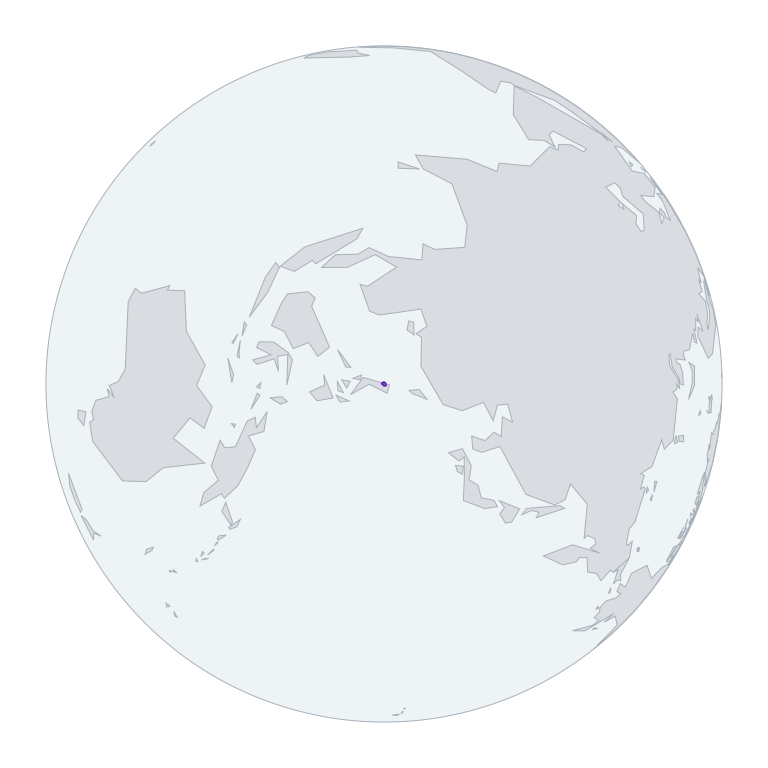 Abra highlighted on a globe, orthographic projection, rotated 105°
{"feature_id": "PHL-2542", "entity_name": "Abra", "entity_type": "Province", "adm_level": 1, "iso_a3": "PHL", "parent_name": "Philippines", "parent_adm1": "", "projection": "orthographic", "projection_center": [120.806, 17.561], "detail": "fine", "context": "on_globe", "style": "filled", "palette": "violet", "viewbox_px": 768, "rotation_deg": 105, "n_neighbors": 0, "source": "natural_earth", "source_scale": "10m", "svg_char_len": 10869}
<svg xmlns="http://www.w3.org/2000/svg" viewBox="0 0 768 768"><g transform="rotate(105 384 384)"><circle cx="384" cy="384" r="338" fill="#eef3f6" stroke="#a8b0b8"/><path d="M662.9,523.3L662.5,525.5L662.2,525.9L662.9,523.3ZM581.8,110.0L582.2,110.4L556.3,96.4L548.3,100.7L557.1,109.7L546.3,102.7L570.5,126.1L573.5,138.0L563.2,120.2L556.8,115.3L555.3,120.5L548.5,116.8L543.8,117.5L535.7,112.9L530.3,104.1L525.0,101.2L524.3,105.3L515.7,104.1L517.6,98.3L502.8,95.9L491.1,82.9L502.7,75.4L489.4,68.1L483.1,61.2L476.8,59.6L470.4,57.3L460.8,54.9L461.3,55.0L487.0,62.2L512.1,71.3L536.3,82.3L559.6,95.3L581.8,110.0ZM454.7,53.6L453.3,53.3L453.7,53.5L449.9,52.8L444.2,51.8L445.2,51.7L448.2,52.2L446.3,51.9L454.7,53.6ZM701.6,290.5L698.9,283.5L701.0,285.8L701.6,290.5ZM696.8,280.8L697.9,282.8L696.9,281.4L696.8,280.8ZM695.9,280.7L696.6,280.8L696.1,281.5L695.9,280.7ZM695.0,281.7L695.4,280.8L695.4,281.2L695.0,281.7ZM692.5,280.8L691.8,280.4L691.9,278.9L692.5,280.8ZM585.7,112.9L583.7,111.5L582.7,110.6L585.7,112.9ZM575.7,107.3L572.9,105.0L581.0,110.2L580.1,109.8L575.7,107.3ZM564.9,117.6L564.9,114.8L567.3,119.0L564.9,117.6ZM544.6,118.5L546.8,120.7L543.4,120.3L544.6,118.5ZM528.0,113.1L521.9,112.2L527.1,111.5L528.0,113.1ZM517.7,110.7L503.1,109.8L506.8,114.1L488.2,102.0L506.8,106.3L512.7,104.4L513.0,107.8L517.7,110.7ZM456.3,54.1L455.6,53.8L461.4,55.2L456.3,54.1ZM460.9,55.2L484.2,62.3L482.4,62.9L474.9,60.0L476.8,62.3L464.4,59.0L460.7,57.1L464.3,57.1L456.8,56.0L460.9,55.2ZM480.3,96.0L475.9,94.8L479.5,94.5L480.3,96.0ZM448.8,52.7L453.6,53.8L452.4,54.3L442.4,52.3L446.0,52.7L448.8,52.7ZM483.3,64.9L480.6,65.3L469.9,62.6L467.4,62.5L464.0,59.1L483.3,64.9ZM443.4,52.1L437.4,51.4L432.8,50.3L443.9,51.8L443.4,52.1ZM456.3,55.4L455.2,55.6L452.5,54.8L456.3,55.4ZM413.3,47.4L419.1,48.0L413.3,47.4ZM435.4,51.2L437.0,51.6L437.6,51.9L432.8,51.3L435.4,51.2ZM456.7,57.7L452.7,56.7L457.5,58.9L449.7,57.5L448.8,55.6L445.9,55.9L443.5,55.5L445.5,54.5L456.7,57.7ZM429.8,51.9L426.0,50.0L415.1,48.5L415.0,48.1L432.4,50.7L429.8,51.9ZM438.8,53.4L433.2,52.3L435.8,52.1L441.3,52.8L438.8,53.4ZM444.6,57.4L456.9,60.0L456.7,60.4L444.6,57.4ZM426.1,51.4L427.1,52.0L425.0,51.3L426.1,51.4ZM438.4,55.4L442.7,56.2L442.3,56.6L438.4,55.4ZM425.4,52.7L424.2,51.9L427.9,52.2L425.4,52.7ZM430.9,53.9L429.4,54.4L430.0,52.7L432.9,54.2L430.9,53.9ZM437.3,55.7L438.5,56.2L435.5,55.4L437.3,55.7ZM412.1,52.6L412.0,50.5L420.2,50.9L419.2,52.7L412.1,52.6ZM99.8,201.2L103.8,195.5L94.1,215.8L94.6,222.8L114.1,199.3L113.3,187.1L124.0,172.9L133.2,171.9L135.5,184.6L139.7,179.6L147.3,162.6L157.1,157.4L151.0,156.3L146.6,162.7L142.8,162.7L146.5,157.0L149.8,155.0L151.7,149.9L135.5,161.9L129.3,169.7L128.7,164.7L118.3,177.7L114.9,180.9L131.2,160.5L136.6,154.7L159.3,131.7L154.8,135.7L177.0,116.9L200.8,100.1L198.7,101.6L214.2,92.5L214.7,92.8L205.4,97.7L197.2,103.0L191.1,110.5L193.8,109.8L204.4,103.7L201.3,107.3L212.4,100.5L215.3,103.4L221.0,94.8L233.6,89.1L242.4,87.7L247.6,84.7L233.2,87.1L226.5,89.7L219.2,94.2L201.9,101.9L201.2,101.2L223.2,88.4L224.6,86.5L241.1,78.8L269.8,74.5L275.1,77.5L256.5,93.4L247.8,95.2L250.1,89.9L235.9,99.7L242.8,96.4L240.3,99.9L251.7,96.6L250.5,98.9L263.5,92.3L263.3,94.8L255.1,99.0L271.7,97.8L274.8,103.1L279.1,101.8L282.9,99.0L284.2,108.4L287.4,107.1L288.2,103.4L295.0,98.8L307.5,94.6L307.3,98.0L302.7,100.0L292.8,110.0L280.8,115.5L281.9,116.6L292.4,112.7L304.5,100.4L312.1,97.0L307.6,102.6L309.8,100.3L313.5,99.8L317.0,102.7L322.5,96.8L363.6,90.1L374.4,96.4L365.8,101.3L394.3,103.7L404.2,112.8L404.9,109.0L419.0,109.1L416.1,106.1L417.5,104.5L452.5,105.9L460.5,109.7L476.3,108.3L476.7,106.7L471.7,103.5L488.2,102.0L506.8,114.1L505.0,117.0L517.8,123.6L511.9,129.7L513.0,138.5L499.1,143.0L501.2,150.4L506.0,152.3L512.4,164.6L508.9,185.5L490.5,160.2L491.6,132.1L489.3,142.3L483.5,137.9L478.8,140.5L477.7,148.5L481.5,150.7L447.4,156.6L432.3,178.0L448.7,179.1L456.7,187.8L453.9,218.3L414.4,255.8L424.7,271.8L423.8,281.4L411.6,285.8L412.5,271.7L402.1,265.2L404.5,257.2L385.1,261.1L387.7,249.9L371.4,259.3L375.1,269.0L391.3,269.0L376.0,283.2L389.5,301.5L388.6,321.5L357.3,352.9L329.3,359.9L327.0,366.1L317.2,357.4L302.1,367.8L318.6,406.4L317.4,416.7L293.9,432.9L293.8,425.2L267.8,402.1L261.3,425.9L280.9,449.6L287.6,474.4L271.8,464.5L265.2,442.5L256.1,433.7L259.7,412.7L254.4,379.5L238.5,382.6L240.9,370.0L231.1,341.3L209.0,344.8L173.0,370.3L166.1,401.8L154.6,412.9L145.4,361.8L149.5,330.0L140.9,330.0L135.7,299.2L111.8,285.2L113.0,276.3L107.5,277.3L104.6,265.3L108.2,251.3L104.3,249.1L95.8,286.2L100.5,289.0L110.9,280.2L107.2,292.5L110.6,307.4L90.2,328.9L62.3,335.4L67.3,311.1L86.5,238.5L90.2,232.5L90.7,231.7L91.4,230.3L85.1,239.4L91.0,226.1L72.4,273.3L65.9,292.4L61.8,336.4L60.3,339.1L61.3,349.5L74.0,351.5L72.4,359.2L61.6,389.9L50.8,425.1L56.7,461.0L63.6,489.1L65.1,495.8L58.1,473.3L52.6,450.3L48.8,427.0L46.6,403.4L46.1,379.8L47.2,356.2L50.0,332.8L54.4,309.6L60.4,286.7L68.0,264.3L77.1,242.6L87.7,221.5L99.8,201.2ZM151.3,139.0L131.7,159.6L134.4,156.3L127.9,163.5L133.9,156.7L134.6,156.0L134.8,155.7L151.3,139.0ZM129.9,213.0L136.4,221.1L147.3,202.2L150.7,204.1L153.1,197.4L148.0,200.8L156.0,183.5L163.8,182.3L170.1,175.3L168.2,172.4L152.6,177.6L141.0,201.9L133.7,206.7L129.9,213.0ZM290.7,59.2L289.1,59.7L286.0,60.6L290.7,59.2ZM435.9,50.1L439.8,50.7L437.1,50.5L430.7,49.8L426.3,49.2L429.4,49.3L421.1,48.5L422.2,48.3L416.0,47.7L411.7,47.2L435.9,50.1ZM376.5,46.2L376.1,46.2L383.1,46.6L397.2,47.1L400.1,47.7L393.7,47.5L401.1,48.3L391.1,48.7L392.9,49.3L384.9,50.8L371.6,50.9L374.7,51.7L368.7,53.5L357.5,54.3L363.0,52.5L346.6,55.0L347.6,53.1L345.6,53.5L342.1,52.7L334.4,52.7L336.4,51.9L332.5,52.3L330.1,52.1L325.4,52.7L327.5,51.6L321.9,52.3L326.1,51.5L316.0,53.2L324.4,51.6L322.0,51.8L315.1,53.3L319.4,52.3L347.8,48.0L376.5,46.2ZM409.5,52.9L393.4,52.4L386.0,51.4L403.0,49.4L402.8,48.8L413.4,48.5L423.9,50.2L419.9,50.0L418.4,50.3L415.7,49.6L416.8,50.4L411.3,50.4L410.6,51.2L405.6,50.7L409.5,52.9ZM205.3,98.1L205.3,98.6L202.6,100.2L199.5,101.9L205.3,98.1ZM309.1,64.8L313.4,63.1L315.0,63.2L327.1,60.7L327.3,62.5L320.1,64.7L309.1,64.8ZM110.1,201.6L106.0,204.4L107.6,200.8L108.7,200.5L110.1,201.6ZM111.7,185.7L108.1,192.4L110.4,187.4L111.7,185.7ZM311.3,66.3L316.3,65.0L313.3,66.8L311.3,66.3ZM328.1,63.7L325.8,65.6L328.7,62.4L328.1,63.7ZM208.3,667.4L215.3,671.7L211.9,670.5L208.3,667.4ZM77.0,501.7L89.9,545.8L85.8,541.3L78.2,525.4L68.7,497.1L71.1,493.9L70.4,482.7L77.0,501.7ZM373.3,538.0L383.8,540.2L383.5,541.6L373.3,538.0ZM362.3,532.0L374.2,533.5L360.3,535.0L362.3,532.0ZM378.9,534.1L391.0,532.2L396.2,530.2L395.4,533.2L378.9,534.1ZM354.3,531.4L311.4,526.2L294.7,520.0L298.4,515.2L325.4,520.0L354.3,531.4ZM297.1,514.8L271.9,495.8L239.1,444.8L250.8,447.8L285.4,480.9L283.1,485.3L298.4,499.7L297.1,514.8ZM359.0,494.0L356.6,507.9L332.8,504.1L322.0,500.6L314.6,481.4L318.7,472.7L327.5,474.1L362.5,446.1L374.5,455.1L363.4,467.4L373.3,480.8L359.0,494.0ZM167.1,405.2L171.9,426.2L165.9,427.7L167.1,405.2ZM377.5,425.2L362.8,437.8L376.5,420.4L377.5,425.2ZM386.1,408.3L386.6,415.5L381.2,408.1L386.1,408.3ZM325.8,375.8L316.6,376.3L316.7,371.2L328.8,367.7L325.8,375.8ZM387.7,338.5L386.0,353.2L383.7,358.0L380.2,348.7L387.7,338.5ZM320.1,85.8L303.1,86.6L291.0,89.8L284.3,95.0L286.4,88.7L305.0,83.7L320.1,85.8ZM358.2,88.8L364.0,85.2L366.4,87.3L365.4,88.4L358.2,88.8ZM358.2,86.3L356.0,81.3L362.4,79.7L362.9,83.9L358.2,86.3ZM332.9,71.9L327.9,71.8L330.4,70.2L332.9,71.9ZM583.1,643.3L586.4,643.9L576.7,652.2L563.6,661.2L551.8,665.7L583.1,643.3ZM488.4,672.8L487.9,664.8L501.9,663.2L496.2,670.7L488.4,672.8ZM592.3,636.3L600.9,627.3L604.2,617.8L603.2,625.9L610.0,624.1L589.3,642.6L592.3,636.3ZM436.6,637.8L370.6,652.4L355.9,649.0L359.1,641.6L344.6,616.6L349.3,617.5L345.6,600.7L384.3,588.5L411.9,561.7L434.0,564.6L450.4,544.2L473.4,546.3L466.8,562.6L491.0,573.6L506.8,536.7L522.0,575.6L539.8,588.5L545.3,611.4L514.9,650.5L497.1,658.4L493.4,655.3L486.1,659.2L474.3,658.0L467.4,646.2L460.2,650.0L467.0,640.9L456.6,649.0L450.3,641.2L436.6,637.8ZM601.3,564.5L604.8,565.1L610.3,570.7L604.8,570.4L601.3,564.5ZM654.0,533.4L655.6,536.1L652.0,537.8L654.0,533.4ZM662.2,525.9L657.9,528.3L662.9,523.3L662.2,525.9ZM619.4,539.8L621.2,542.0L619.7,543.0L619.4,539.8ZM618.0,539.2L620.1,535.1L619.8,539.0L618.0,539.2ZM601.3,520.2L603.4,517.9L604.3,519.4L601.3,520.2ZM399.4,541.5L414.0,531.7L422.0,531.3L399.4,541.5ZM598.2,516.1L592.9,516.3L593.4,514.1L598.2,516.1ZM598.5,511.1L597.9,508.2L601.3,514.9L598.5,511.1ZM588.3,505.2L594.8,510.1L587.5,505.9L588.3,505.2ZM584.4,506.2L579.7,504.2L580.1,503.2L584.4,506.2ZM532.0,512.6L549.5,530.1L535.6,530.0L519.9,519.1L508.0,529.6L480.7,527.7L486.8,521.3L483.0,511.3L455.1,506.5L449.5,499.8L459.3,495.8L441.0,489.8L461.0,487.7L469.3,501.4L480.7,491.2L500.5,494.2L519.9,498.8L535.7,508.6L532.0,512.6ZM461.3,517.1L464.8,517.3L461.8,521.1L461.3,517.1ZM570.8,497.3L577.6,503.5L576.8,505.1L573.5,504.3L570.8,497.3ZM539.3,506.2L556.2,494.8L560.2,494.9L549.1,507.7L539.3,506.2ZM552.0,487.7L559.9,489.1L564.2,495.2L562.6,496.9L552.0,487.7ZM420.4,502.8L419.6,506.5L414.5,503.2L420.4,502.8ZM427.1,501.0L442.7,505.9L425.7,504.1L427.1,501.0ZM380.3,484.6L384.8,493.9L398.9,489.3L388.1,496.6L397.9,511.8L394.7,517.0L385.0,500.6L381.8,516.5L375.6,515.7L372.0,501.5L378.2,485.1L384.5,478.6L410.1,477.6L380.3,484.6ZM426.9,490.2L422.8,479.6L425.9,472.9L430.3,478.6L426.9,490.2ZM410.9,453.8L400.4,441.0L390.5,444.8L410.7,429.5L417.5,444.3L410.9,453.8ZM402.4,426.7L393.1,430.1L402.9,421.1L402.4,426.7ZM390.9,425.9L390.2,417.4L397.4,419.1L390.9,425.9ZM407.2,427.4L409.4,413.3L412.8,422.0L407.2,427.4ZM388.0,398.4L402.8,413.4L383.0,405.8L383.5,378.4L392.1,378.6L388.0,398.4ZM444.1,293.8L442.8,286.1L450.9,285.1L449.5,290.6L444.1,293.8ZM476.0,277.2L452.6,282.4L433.6,287.7L438.9,291.6L433.7,304.0L426.2,291.4L440.4,278.5L454.6,277.0L457.7,266.7L468.8,260.6L467.9,247.7L473.1,242.7L478.2,254.2L476.0,277.2ZM466.9,242.3L469.4,220.6L484.2,224.9L487.0,230.6L479.6,238.5L472.2,235.7L466.9,242.3ZM474.4,216.9L467.3,214.2L456.0,182.6L457.3,177.3L473.7,202.2L467.8,201.2L468.0,208.6L474.4,216.9ZM476.7,96.7L476.0,95.0L479.3,96.8L476.7,96.7ZM415.6,102.9L418.1,100.9L421.8,102.7L415.6,102.9ZM426.9,96.9L421.0,96.1L427.4,95.4L426.9,96.9ZM407.6,95.2L418.6,95.2L407.9,97.3L407.6,95.2Z" fill="#d9dde1" stroke="#a8b0b8" stroke-width="1"/><path d="M384.5,381.7L384.9,381.7L385.0,381.7L385.0,381.8L385.1,382.1L385.2,382.3L385.3,382.4L385.6,382.4L385.7,382.5L385.8,383.2L385.8,383.3L385.7,383.4L385.7,383.6L385.7,383.8L385.8,383.9L385.7,384.1L385.3,384.3L385.1,384.4L385.1,384.6L385.0,385.0L384.7,385.6L384.6,385.8L384.6,386.1L384.4,386.2L384.2,386.1L383.9,386.1L383.8,386.3L383.7,386.4L383.4,386.3L383.3,386.1L383.3,385.9L383.2,385.7L382.9,385.6L382.7,385.5L382.6,385.4L382.5,385.1L382.7,384.8L382.8,384.7L382.7,384.4L382.4,384.3L382.1,384.4L382.2,383.8L382.3,383.6L382.4,383.4L382.5,383.2L382.7,382.8L382.8,382.6L383.1,382.4L383.3,382.4L383.7,382.0L383.8,381.9L384.1,381.7L384.3,381.7L384.5,381.7Z" fill="#8b5cf6" stroke="#5b21b6" stroke-width="1.5"/></g></svg>